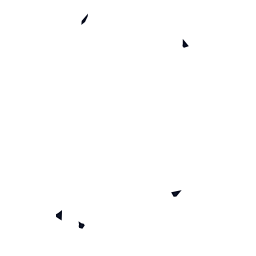 SVG path tracing the border of Dhaalu, rotated 8°
{"feature_id": "MDV-5237", "entity_name": "Dhaalu", "entity_type": "Atoll", "adm_level": 1, "iso_a3": "MDV", "parent_name": "Maldives", "parent_adm1": "", "projection": "orthographic", "projection_center": [72.938, 2.822], "detail": "fine", "context": "isolated", "style": "filled", "palette": "ink", "viewbox_px": 256, "rotation_deg": 8, "n_neighbors": 0, "source": "natural_earth", "source_scale": "10m", "svg_char_len": 547}
<svg xmlns="http://www.w3.org/2000/svg" viewBox="0 0 256 256"><g transform="rotate(8 128 128)"><path d="M73.5,220.1L74.3,227.6L69.8,225.5L69.5,223.8L71.5,222.2L73.5,220.1ZM180.9,186.0L188.0,183.5L184.9,188.5L183.1,188.9L180.9,186.0L180.9,186.0ZM93.2,228.7L95.0,229.6L97.0,229.7L97.8,230.5L96.4,233.3L94.0,233.0L93.6,232.0L93.7,230.4L93.2,228.7ZM170.9,34.1L175.5,38.3L172.3,39.9L172.0,39.5L171.3,39.0L171.3,36.8L170.9,34.1ZM71.8,22.7L71.8,22.8L70.0,28.6L68.1,30.6L68.0,28.6L71.8,22.7Z" fill="#0f172a" stroke="#020617" stroke-width="1.5"/></g></svg>